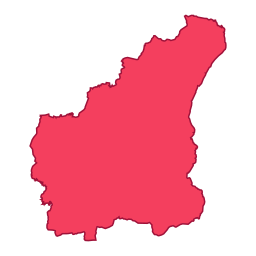 Wajo, Sulawesi Selatan, Indonesia
{"feature_id": "22746128B4429389080756", "entity_name": "Wajo", "entity_type": "district", "adm_level": 2, "iso_a3": "IDN", "parent_name": "Indonesia", "parent_adm1": "Sulawesi Selatan", "projection": "albers", "projection_center": [120.188, -3.968], "detail": "fine", "context": "isolated", "style": "filled", "palette": "rose", "viewbox_px": 256, "rotation_deg": 0, "n_neighbors": 0, "source": "geoboundaries", "source_scale": "gbopen_adm2", "svg_char_len": 5752}
<svg xmlns="http://www.w3.org/2000/svg" viewBox="0 0 256 256"><path d="M199.3,218.6L199.7,216.3L200.4,215.0L200.4,213.9L201.0,213.6L202.6,211.3L203.0,206.2L204.3,203.8L204.7,201.8L204.0,198.0L203.5,196.9L202.7,196.7L202.7,195.4L202.2,193.9L201.8,193.6L202.2,192.7L202.1,191.0L201.4,190.1L199.4,189.8L198.7,189.1L198.0,189.2L197.4,188.3L196.1,187.7L195.0,186.4L192.5,185.8L191.5,184.5L192.0,184.1L192.0,182.9L190.2,178.4L189.4,177.8L187.4,178.3L186.8,177.4L187.1,173.3L188.1,173.1L188.6,172.7L188.5,172.3L189.5,171.8L193.2,165.6L193.1,163.9L194.6,163.3L195.7,162.2L196.0,159.3L195.2,158.2L196.0,157.7L196.3,156.6L195.9,154.6L195.0,153.8L195.5,152.1L195.4,151.2L195.0,150.6L196.0,149.4L196.0,148.4L196.9,148.5L197.5,147.0L196.8,145.7L195.0,144.4L194.5,144.4L193.7,142.9L193.2,142.8L192.3,139.6L191.9,138.8L191.1,139.2L190.6,137.6L191.6,137.0L193.8,134.4L194.0,133.2L193.5,132.6L194.3,132.5L194.5,132.2L194.7,129.7L194.1,128.1L191.7,125.1L190.5,122.4L189.6,118.9L188.7,117.6L188.7,116.3L190.0,112.4L190.2,111.1L190.0,110.9L191.5,105.5L191.8,102.7L191.4,100.9L192.2,100.1L195.9,92.1L195.8,91.3L197.4,87.7L197.7,85.7L199.1,86.1L201.5,83.5L203.4,78.6L205.5,75.0L205.9,73.6L205.6,73.2L206.1,73.2L209.3,67.4L210.7,66.7L211.7,63.6L214.8,59.6L218.5,55.8L222.2,52.8L224.4,49.9L225.2,49.4L225.8,47.7L225.9,45.3L225.7,43.0L224.9,42.1L224.8,38.4L224.1,35.6L224.4,33.4L223.6,32.2L224.4,31.8L224.7,29.2L224.0,28.1L221.8,27.0L222.8,26.1L222.1,26.3L221.5,27.1L221.3,26.2L221.7,26.0L221.4,25.6L221.0,25.9L221.3,27.0L220.9,26.4L221.1,27.0L219.9,26.7L218.5,25.5L217.5,25.5L216.9,23.0L215.8,21.5L215.5,20.2L214.6,20.3L214.8,20.8L214.1,21.6L214.2,21.2L213.4,21.0L213.1,20.3L211.5,19.3L210.6,19.2L209.7,19.8L209.1,19.6L208.5,19.8L206.9,18.5L204.5,18.4L197.6,17.1L196.4,16.2L193.9,16.2L193.6,15.5L191.4,15.4L188.2,16.7L185.9,15.4L184.6,16.2L186.6,20.8L186.5,22.3L187.2,24.3L187.0,25.8L181.1,29.7L179.8,31.4L179.5,33.5L177.8,36.5L176.5,36.7L174.9,39.4L170.8,40.5L169.7,39.8L167.0,39.3L165.4,40.7L164.2,41.0L162.0,40.4L160.7,38.8L158.8,38.8L158.0,38.4L155.0,35.7L153.8,35.8L153.3,37.3L151.8,38.7L151.5,39.9L150.2,42.0L147.8,43.1L145.8,43.3L145.2,43.8L145.1,45.5L144.4,45.4L143.9,48.9L143.1,51.5L141.3,53.6L141.6,54.1L141.3,54.6L139.0,57.1L138.1,59.3L137.2,59.6L136.1,59.5L127.6,57.5L125.1,58.0L123.1,58.9L123.1,59.7L122.3,59.9L121.5,61.1L122.5,61.7L122.5,62.3L123.2,62.5L123.5,63.2L122.4,64.2L122.3,65.5L124.3,66.9L124.5,67.6L121.4,69.2L121.1,70.5L121.4,72.2L121.0,73.5L119.3,74.2L120.1,77.2L119.7,78.6L119.1,79.1L117.6,79.3L116.1,80.3L115.6,82.1L115.7,83.2L116.4,84.1L116.0,84.8L113.2,86.2L112.6,85.9L112.2,85.2L111.7,86.6L110.5,87.1L110.8,86.1L109.4,86.3L108.9,85.5L109.8,85.5L109.5,83.0L106.3,82.6L106.1,83.9L103.9,84.2L102.9,83.7L101.2,84.3L100.8,85.6L99.2,85.3L99.0,86.5L98.1,85.6L96.9,87.1L95.7,86.8L95.1,87.3L94.2,87.2L93.0,88.1L92.7,88.7L92.3,88.1L90.4,87.9L90.2,90.4L89.4,91.5L87.4,92.8L87.7,95.5L87.3,97.0L88.5,98.2L85.2,107.0L85.0,108.3L83.8,109.9L79.5,113.0L78.7,114.9L78.8,115.7L78.1,116.6L75.8,117.3L73.8,116.7L72.4,116.7L73.1,113.9L72.1,112.9L70.9,113.3L71.4,114.3L71.0,114.9L70.2,114.7L69.8,113.6L69.2,113.7L68.8,114.1L68.7,114.8L67.3,114.3L65.7,115.8L62.0,116.5L61.2,116.2L61.4,115.0L60.6,114.9L59.5,116.9L56.2,117.0L56.0,117.6L55.6,116.9L53.7,116.2L53.2,117.6L49.2,116.2L48.7,114.1L45.3,115.1L40.5,115.4L40.8,115.9L40.4,116.2L41.2,116.7L40.4,118.8L39.9,119.1L40.0,121.8L38.9,124.6L38.8,126.1L36.6,128.2L36.8,133.0L36.4,134.1L33.8,137.2L32.2,139.8L30.1,146.0L32.5,149.2L33.1,154.5L35.5,158.1L35.2,159.8L35.4,160.3L34.8,161.0L36.6,162.9L32.9,166.1L32.3,167.2L31.5,169.7L31.4,171.2L31.8,172.5L31.3,174.7L31.6,174.7L31.5,175.2L31.9,175.5L31.5,176.5L32.3,178.3L34.6,178.9L34.8,179.4L34.6,179.8L35.1,180.0L35.1,180.7L35.8,180.7L36.5,180.1L36.2,179.4L36.5,178.9L37.0,179.6L37.4,179.6L37.5,180.4L38.2,181.1L40.0,181.4L40.0,182.1L41.2,183.3L41.5,183.2L41.4,182.0L42.1,182.2L42.1,182.7L42.7,182.5L42.7,183.2L41.9,184.0L42.2,185.0L43.0,184.8L43.5,185.8L44.9,185.3L44.9,185.8L45.7,186.1L45.6,186.7L46.4,186.8L46.0,188.3L46.4,188.5L46.2,189.3L45.1,191.1L44.2,191.5L43.5,193.5L41.8,194.4L41.3,195.3L40.9,197.0L41.4,197.8L42.0,197.8L42.3,198.6L41.8,199.4L41.2,199.6L42.2,200.0L42.0,201.2L42.6,201.7L43.6,201.7L43.7,202.4L43.0,202.4L42.6,203.1L42.7,203.6L43.2,203.4L43.6,203.6L42.9,204.1L43.8,204.0L44.1,204.6L44.5,203.7L44.8,203.7L44.7,204.1L45.0,204.2L45.7,203.2L48.4,203.1L48.8,204.0L48.6,204.8L49.3,205.1L50.5,203.6L50.5,202.9L49.7,203.0L50.1,202.5L49.7,202.4L49.7,201.6L50.3,201.5L50.6,201.8L50.0,201.9L50.7,202.0L52.2,204.3L51.9,205.4L51.0,206.1L51.2,207.6L50.0,210.6L48.6,211.0L47.4,212.3L47.7,215.1L48.4,217.2L48.1,217.6L48.3,219.9L47.7,221.3L48.0,223.2L47.3,223.8L47.0,225.1L47.0,227.9L48.2,229.8L53.0,230.1L55.2,230.7L55.4,231.2L55.0,232.3L55.4,233.8L56.2,235.6L57.2,236.1L60.7,235.0L62.3,233.7L67.8,233.6L71.9,232.9L73.0,234.3L73.9,234.3L75.3,233.7L76.6,233.8L77.8,233.0L80.6,232.8L84.0,231.7L84.8,232.6L84.9,234.3L84.2,236.4L84.6,237.9L84.2,239.0L85.2,240.4L88.4,240.6L93.1,240.1L95.9,240.1L95.1,235.5L96.2,232.9L95.8,231.3L97.0,226.8L97.7,226.7L99.6,227.4L101.6,227.1L105.3,228.5L109.2,227.1L112.4,225.3L113.3,223.2L114.1,219.7L116.2,219.1L117.0,218.1L117.9,218.0L119.0,216.9L119.4,218.4L120.0,218.8L122.5,218.1L123.5,218.9L125.0,219.0L127.1,219.8L128.6,219.1L131.4,219.4L132.9,220.7L134.7,220.9L138.0,223.1L147.2,223.3L149.6,222.5L151.9,224.9L151.9,227.1L152.7,229.5L152.5,231.6L153.9,233.9L154.7,234.6L156.3,234.6L158.0,235.6L158.9,235.7L161.6,234.9L163.7,233.8L167.0,230.0L168.6,227.5L170.1,226.5L173.2,225.7L175.4,227.0L176.1,227.0L180.3,224.5L182.6,223.8L188.2,224.2L191.9,221.1L193.4,221.1L193.9,220.6L193.6,219.9L193.8,219.2L196.1,217.9L196.6,218.1L196.7,217.8L197.6,217.7L198.5,218.8L199.3,218.6Z" fill="#f43f5e" stroke="#9f1239" stroke-width="1.5"/></svg>